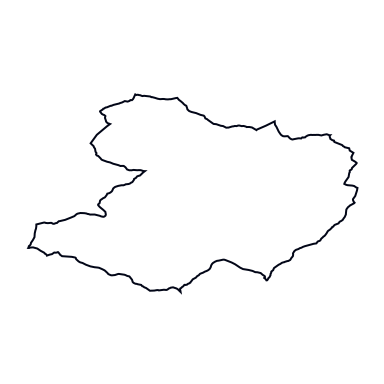 outline of Bunesti, Brasov, Romania, rotated 178°
{"feature_id": "2599482B80312338976993", "entity_name": "Bunesti", "entity_type": "district", "adm_level": 2, "iso_a3": "ROU", "parent_name": "Romania", "parent_adm1": "Brasov", "projection": "robinson", "projection_center": [25.052, 46.093], "detail": "fine", "context": "isolated", "style": "outline", "palette": "ink", "viewbox_px": 384, "rotation_deg": 178, "n_neighbors": 0, "source": "geoboundaries", "source_scale": "gbopen_adm2", "svg_char_len": 5982}
<svg xmlns="http://www.w3.org/2000/svg" viewBox="0 0 384 384"><g transform="rotate(178 192 192)"><path d="M291.6,244.2L288.7,241.2L288.4,240.1L287.4,238.6L287.0,235.6L286.1,234.2L286.6,232.9L286.4,232.5L285.8,231.8L284.7,231.4L283.9,230.7L282.2,228.8L281.4,227.7L280.7,227.2L275.8,225.2L272.8,224.4L269.8,223.0L264.6,221.4L262.6,220.5L260.0,220.5L259.3,220.4L257.6,219.0L256.1,216.8L253.9,215.9L251.9,215.8L249.6,216.1L246.2,215.7L243.2,215.7L242.2,215.5L239.7,214.6L238.4,214.5L240.1,213.3L243.4,210.3L245.2,209.9L246.3,209.5L247.6,208.0L249.4,207.1L249.6,206.2L251.0,204.3L251.4,203.9L252.5,203.5L253.4,202.8L255.0,202.2L258.0,202.0L259.0,201.5L260.3,201.1L262.2,201.2L265.4,200.7L268.2,199.9L269.1,199.5L270.6,198.3L271.7,196.0L272.3,195.3L273.6,194.3L275.2,193.6L276.7,193.3L277.4,191.9L279.2,189.7L281.4,188.7L282.0,188.2L283.1,187.6L284.1,186.7L284.8,184.0L286.2,182.9L286.3,182.3L285.7,181.4L284.6,180.1L281.4,177.3L279.3,175.2L278.9,172.6L279.2,171.5L279.9,170.9L280.8,170.4L281.6,170.3L283.7,170.8L284.9,171.4L290.1,172.9L294.6,173.0L296.3,173.6L297.1,173.7L298.2,174.2L300.3,174.6L304.2,174.9L306.9,174.4L307.7,174.1L308.5,173.6L310.4,172.0L313.8,170.7L319.7,168.6L325.2,167.5L326.2,167.4L328.0,165.8L329.3,165.6L331.1,165.0L332.2,165.2L333.3,165.9L333.9,166.1L337.2,165.9L339.3,166.2L340.2,166.6L341.2,166.6L348.7,165.0L348.8,163.0L349.2,160.8L349.8,159.3L350.6,156.2L351.0,152.4L352.7,149.5L354.7,146.8L355.0,145.5L355.2,145.1L355.6,144.6L356.9,143.6L357.3,142.3L357.6,141.8L356.8,141.7L355.6,142.1L352.8,142.2L348.6,140.9L345.3,138.5L341.7,136.4L341.3,135.6L340.6,135.3L339.4,134.2L339.2,133.5L336.3,134.4L334.1,134.8L331.8,136.3L330.3,136.1L328.7,136.3L328.2,136.6L327.8,136.5L326.4,134.6L326.0,133.9L324.1,132.4L314.4,131.4L311.1,130.6L310.5,130.2L310.1,128.9L309.7,128.5L307.8,126.6L306.2,125.6L303.9,124.9L300.5,123.0L296.1,121.2L291.9,120.2L289.0,119.8L287.5,119.5L284.2,117.9L282.4,116.9L281.7,116.4L279.3,114.0L278.5,112.9L276.1,111.7L275.0,111.5L271.9,111.7L268.9,112.6L268.0,112.7L262.5,111.7L261.4,111.3L259.7,110.4L257.5,109.8L255.0,106.4L254.4,104.1L253.5,103.2L251.8,102.3L250.4,102.1L249.4,101.7L246.4,101.0L246.0,100.9L245.0,99.6L244.2,99.4L243.0,98.4L241.3,97.7L237.5,94.8L233.2,94.8L230.3,95.2L229.1,95.1L228.6,94.8L223.5,95.3L221.1,95.0L220.0,95.3L218.3,96.5L217.7,96.6L216.7,97.1L214.3,97.4L210.8,96.1L209.6,95.3L206.9,92.5L207.1,94.1L207.3,94.8L207.2,95.9L206.1,96.5L205.2,97.4L204.1,98.0L202.9,99.4L202.5,99.5L201.6,99.3L201.0,99.5L200.4,99.5L199.2,100.4L197.7,100.9L197.2,101.4L196.8,101.5L196.4,102.2L195.4,103.3L194.3,104.7L191.1,106.3L189.8,107.7L188.1,108.6L187.2,109.6L186.7,110.0L183.5,111.1L182.1,111.9L180.0,112.6L178.4,113.4L176.9,114.6L175.9,116.3L175.4,117.9L175.0,118.6L174.3,119.6L173.4,120.4L171.3,121.6L169.5,122.3L167.6,122.5L163.2,123.3L162.0,123.2L160.9,122.8L154.9,120.2L151.5,118.3L146.5,114.7L143.7,113.2L138.1,112.1L134.2,111.0L131.6,109.7L129.4,109.5L126.2,108.6L124.3,106.8L122.4,105.5L122.1,105.1L122.1,104.4L122.8,103.8L122.8,103.6L122.2,103.5L121.9,103.2L121.9,102.8L121.8,102.7L121.1,101.8L120.7,101.1L119.9,101.2L119.1,102.3L118.7,103.2L117.6,104.1L116.8,105.5L116.4,106.3L116.4,107.2L115.6,108.7L115.5,109.7L113.6,111.1L113.3,111.9L112.6,113.2L107.9,116.3L106.3,117.0L104.6,118.1L102.8,118.6L102.3,118.6L101.8,118.9L99.3,119.6L98.2,119.7L96.2,120.7L94.9,122.7L93.5,124.2L93.1,125.7L93.2,127.0L92.9,127.7L92.4,128.3L92.1,129.0L90.7,130.2L90.0,130.6L87.6,131.3L86.2,132.1L84.6,132.5L83.0,133.3L81.1,133.9L72.2,136.0L69.5,136.3L68.1,138.1L66.3,138.7L65.5,139.1L64.5,140.8L62.8,142.2L62.2,142.9L61.3,143.3L60.4,144.2L58.9,146.1L57.8,147.9L57.2,148.5L55.3,149.7L53.4,151.5L53.3,151.9L52.0,152.5L51.4,153.4L50.4,154.2L46.7,155.5L45.5,157.1L44.0,157.8L42.4,158.8L41.4,160.3L40.3,161.6L39.0,164.2L38.9,165.4L38.4,168.9L37.9,169.8L36.5,171.5L35.2,172.4L34.8,172.9L30.4,175.1L29.9,175.6L30.8,176.7L31.4,178.4L31.4,179.1L31.2,179.5L29.0,182.3L27.0,187.9L26.5,190.3L27.7,190.8L29.7,192.3L31.5,192.8L36.4,193.4L37.9,193.9L39.5,194.8L39.0,196.1L38.2,197.3L35.0,201.5L34.2,205.4L33.6,206.4L33.7,207.7L33.2,208.3L32.5,208.5L31.8,209.0L31.4,209.6L31.4,210.1L31.2,210.5L27.0,214.3L26.4,215.2L26.7,215.6L28.2,216.8L31.1,218.6L31.5,220.9L31.4,221.6L31.1,221.7L31.0,222.4L29.3,225.5L32.9,227.9L33.4,230.2L37.8,231.4L38.1,231.8L39.6,232.7L40.0,233.4L40.6,233.8L47.9,237.0L48.2,237.5L48.2,238.2L48.4,238.5L49.8,238.8L51.9,240.3L52.1,241.4L52.5,242.4L52.2,243.7L52.0,243.9L52.6,243.9L55.3,245.0L58.2,244.6L60.7,244.0L63.7,244.7L70.1,244.8L71.1,245.0L73.5,244.7L74.7,244.3L76.6,243.2L77.0,242.7L78.7,242.5L79.1,242.7L79.9,242.7L81.0,241.7L82.6,241.9L84.1,241.9L88.6,241.2L89.4,241.0L90.0,241.0L91.0,241.4L91.9,241.9L92.8,242.8L94.2,244.4L94.7,244.5L97.4,244.4L99.0,244.6L100.0,245.2L101.2,246.2L103.2,249.3L105.3,254.1L106.7,256.4L106.9,258.8L106.9,259.7L115.8,255.7L125.0,252.1L125.4,251.6L129.8,254.4L132.6,255.0L135.1,255.0L135.9,255.5L138.1,256.2L140.0,256.1L142.4,256.8L143.6,256.8L145.1,256.3L146.9,256.5L148.1,256.2L149.5,256.1L153.3,255.1L155.6,255.1L158.6,256.8L160.9,257.2L165.3,258.9L168.1,259.3L173.6,263.5L174.3,264.2L176.1,265.1L176.8,267.0L177.6,267.9L180.8,268.8L185.1,270.7L189.7,272.0L192.0,273.0L193.7,274.7L193.9,275.8L194.7,278.4L196.0,279.1L197.4,280.4L197.9,281.1L199.6,282.7L201.9,284.6L203.4,286.6L205.0,286.4L209.7,285.5L211.5,285.5L212.6,285.4L214.8,285.5L215.9,285.8L217.7,286.0L220.7,285.9L223.0,286.4L225.8,287.4L228.8,288.3L229.3,288.2L230.4,288.9L236.5,289.8L238.3,289.6L240.6,290.6L241.6,290.7L242.7,291.1L244.3,290.9L245.3,291.5L246.5,289.1L246.8,288.4L247.7,286.9L248.8,285.9L250.4,286.0L251.1,285.3L253.1,284.6L256.0,285.2L258.8,283.9L260.8,283.4L261.6,283.0L267.4,281.8L269.4,281.0L269.7,281.1L270.6,280.9L274.1,279.6L275.5,279.4L277.1,278.4L277.8,278.3L278.3,277.6L281.0,276.0L281.1,275.6L279.4,273.2L278.1,272.4L276.9,271.9L275.9,270.9L276.4,269.1L275.6,266.5L275.4,265.4L274.7,264.5L273.8,263.7L271.5,262.8L274.6,260.7L285.1,252.5L291.6,244.2Z" fill="none" stroke="#020617" stroke-width="2"/></g></svg>